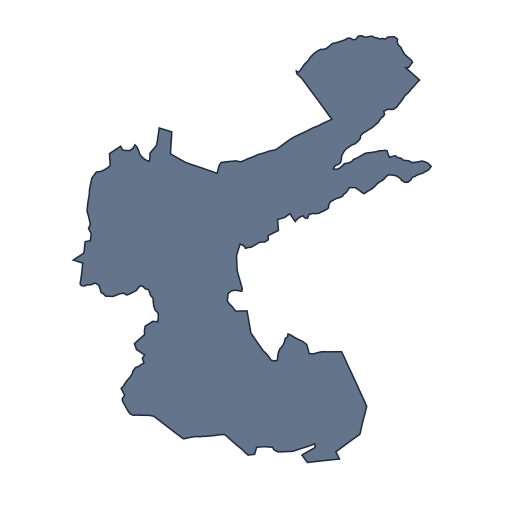 the district of Kipkelion East, Rift Valley, Kenya, rotated 175°
{"feature_id": "3690345B91045012580235", "entity_name": "Kipkelion East", "entity_type": "district", "adm_level": 2, "iso_a3": "KEN", "parent_name": "Kenya", "parent_adm1": "Rift Valley", "projection": "albers", "projection_center": [35.478, -0.176], "detail": "fine", "context": "isolated", "style": "filled", "palette": "slate", "viewbox_px": 512, "rotation_deg": 175, "n_neighbors": 0, "source": "geoboundaries", "source_scale": "gbopen_adm2", "svg_char_len": 6059}
<svg xmlns="http://www.w3.org/2000/svg" viewBox="0 0 512 512"><g transform="rotate(175 256 256)"><path d="M84.3,437.8L87.3,440.7L90.4,444.0L91.7,446.8L92.5,448.6L93.6,451.4L95.6,453.5L96.7,456.5L96.1,459.8L99.1,462.3L102.6,462.6L105.6,462.6L108.6,460.7L111.1,461.8L113.8,461.3L115.9,462.5L118.3,463.1L121.1,464.9L124.2,464.8L125.5,464.6L126.9,464.3L129.4,464.9L131.3,466.2L134.9,466.2L137.8,463.0L140.5,463.0L143.1,464.8L145.6,465.0L148.6,463.6L151.7,462.8L156.3,461.8L158.1,461.4L161.5,461.0L164.6,458.7L168.1,456.5L170.6,456.0L171.5,456.0L173.5,456.3L175.4,455.6L178.5,454.0L181.6,451.8L184.6,449.3L186.0,447.3L186.8,446.4L187.9,445.4L191.1,442.7L191.8,441.9L193.4,439.9L195.4,437.5L196.9,436.0L197.6,435.4L199.7,436.8L199.5,434.0L194.9,429.0L191.9,424.0L185.1,413.0L174.3,395.2L170.7,389.0L168.5,385.6L176.8,382.7L182.9,380.2L187.9,378.8L195.1,375.9L205.4,372.1L208.0,371.1L209.9,370.2L214.0,368.0L223.8,362.0L227.2,360.1L233.7,359.4L238.6,358.1L241.1,357.6L244.8,357.0L246.0,356.6L250.6,355.0L256.1,353.5L259.6,352.1L263.3,351.1L267.4,352.5L276.1,352.5L282.7,352.2L284.9,349.3L287.6,341.7L292.1,343.9L294.9,345.1L304.2,349.3L313.3,353.2L318.3,355.6L328.9,362.8L332.2,365.2L331.7,369.6L329.7,382.5L329.1,387.0L341.3,392.0L343.1,383.9L345.4,375.0L347.6,372.7L351.1,369.3L352.7,367.6L353.0,363.7L354.1,359.7L357.0,360.9L360.0,363.4L362.7,366.9L364.0,371.9L364.8,374.3L365.3,375.3L366.9,377.3L368.7,374.5L372.5,372.0L376.0,372.4L379.6,373.1L381.3,377.2L384.7,375.3L393.1,370.7L393.2,364.5L393.4,358.7L396.6,356.5L399.6,355.1L403.0,353.8L407.7,353.6L412.7,348.0L414.5,342.2L416.2,336.3L416.6,332.5L419.1,322.8L420.4,315.3L419.4,310.2L418.2,301.9L420.5,298.1L418.2,292.8L419.7,285.7L424.9,285.2L426.1,279.6L427.2,273.9L433.0,270.8L438.4,267.9L429.2,264.0L431.9,250.5L433.7,243.6L432.5,241.6L429.9,241.1L426.3,241.9L424.4,241.8L422.5,241.8L419.4,242.9L418.3,242.8L415.3,240.7L414.2,237.0L413.5,233.2L410.9,231.1L409.3,229.1L405.9,228.7L402.2,228.1L398.5,229.1L396.2,229.9L395.0,230.2L393.2,230.4L390.5,230.3L388.3,228.4L385.7,229.0L380.7,231.0L378.2,232.1L375.6,234.9L373.9,236.5L371.1,235.4L369.0,232.7L366.4,232.2L365.1,229.2L364.8,226.5L363.6,224.6L362.1,222.8L362.4,220.1L362.2,214.6L361.2,210.9L358.4,207.6L358.7,203.3L359.7,199.1L364.7,199.9L367.3,198.4L372.5,195.8L373.6,191.9L373.9,187.3L380.7,182.5L384.8,179.2L383.1,173.1L375.6,167.2L378.2,163.9L376.9,159.3L382.8,156.2L385.7,155.4L388.5,152.3L389.7,149.2L392.2,146.1L395.3,143.2L397.5,140.8L399.5,137.8L401.9,135.9L399.0,128.5L401.7,125.5L401.6,122.9L397.2,113.1L395.2,109.7L393.1,108.6L392.3,108.0L390.6,108.0L389.3,108.0L384.7,107.4L376.0,106.5L371.8,105.3L353.3,88.3L346.0,81.7L343.9,80.1L340.1,80.7L335.7,81.2L331.7,81.4L327.0,80.8L324.9,81.0L321.6,80.7L311.8,80.8L309.4,81.1L304.1,81.0L302.8,80.8L300.3,78.4L294.9,72.6L291.7,69.3L286.3,64.1L284.7,62.0L281.2,58.3L278.2,58.5L274.7,58.5L272.0,65.4L267.6,65.4L263.4,65.2L256.1,64.0L255.2,61.6L253.1,60.0L250.9,58.9L237.5,58.2L236.4,58.3L234.7,58.6L226.4,60.6L219.8,62.0L213.9,63.7L213.5,62.5L213.9,61.4L214.0,60.0L222.0,56.4L226.9,54.0L227.6,53.6L227.0,52.8L224.8,49.0L222.7,45.8L208.2,46.2L190.5,46.5L193.5,54.0L183.8,59.9L178.9,63.0L168.2,69.2L167.3,71.4L166.9,73.0L166.5,74.0L165.6,77.0L164.6,80.1L163.3,83.7L162.1,87.0L161.0,90.1L158.8,96.5L160.8,102.6L163.6,110.1L168.4,123.9L173.1,136.6L174.5,140.4L175.6,143.7L177.2,148.3L179.1,153.2L194.0,154.4L197.0,154.8L200.0,154.8L207.8,153.5L211.4,154.0L213.2,163.4L217.1,166.9L221.8,169.6L224.8,171.6L228.1,174.2L230.9,175.6L231.7,172.6L234.0,171.5L235.0,168.4L235.4,167.6L236.8,165.1L237.9,163.6L239.2,162.3L240.2,161.7L241.5,159.3L242.6,156.3L243.2,153.4L243.9,150.2L247.3,149.9L250.1,151.0L251.5,153.7L253.5,156.8L254.3,157.9L257.1,161.0L266.4,177.2L267.8,179.9L269.7,202.1L281.0,202.8L284.0,207.4L287.4,211.5L288.5,214.4L288.2,215.4L287.9,216.3L287.1,221.0L285.7,221.9L283.7,223.2L280.2,223.8L277.2,223.2L273.3,222.0L272.5,224.6L275.8,241.7L276.0,244.7L275.7,249.8L275.6,253.4L275.4,257.5L275.2,258.5L274.0,261.7L270.7,269.3L269.9,268.7L268.1,267.8L266.5,266.4L265.9,264.5L263.3,265.1L260.0,265.2L257.2,266.5L254.9,267.5L252.2,269.1L248.7,269.4L247.3,269.3L246.0,269.2L242.3,271.2L242.2,275.2L231.4,279.5L231.3,290.5L224.1,291.8L218.6,295.2L213.9,286.9L211.4,289.3L209.3,290.6L206.0,292.1L204.4,290.1L203.5,289.5L201.5,289.0L199.6,292.7L195.9,293.4L192.5,292.9L188.9,293.3L187.1,294.4L185.9,294.4L184.8,294.8L183.8,295.4L181.6,296.3L179.7,297.5L178.8,301.0L177.0,303.7L176.1,304.0L173.0,305.4L170.5,306.4L167.3,306.9L164.4,308.0L163.6,309.5L160.7,311.3L158.1,314.6L156.4,316.1L154.4,315.7L151.3,315.5L149.6,314.1L147.5,312.6L144.9,310.0L143.1,308.7L142.0,309.1L138.0,311.3L135.2,312.5L132.3,314.4L129.0,317.4L126.1,319.1L122.3,321.0L119.2,324.0L116.7,325.3L113.1,324.7L109.4,323.7L106.8,321.8L105.0,320.1L104.5,318.7L101.3,316.4L98.2,316.2L95.4,318.1L94.8,318.7L94.3,319.4L93.8,320.5L92.7,321.0L91.8,321.2L91.0,321.3L90.2,321.6L89.1,322.4L87.9,322.6L86.8,323.1L85.6,323.4L84.1,323.6L82.7,324.0L81.7,324.4L80.6,325.1L79.7,325.4L78.9,325.6L77.8,326.2L76.5,326.8L73.6,330.0L76.6,333.5L79.5,335.1L82.2,336.2L85.9,335.7L89.8,335.5L92.6,335.5L95.4,337.5L100.9,338.6L103.0,340.8L106.0,341.5L108.5,343.7L111.2,343.4L114.4,342.7L115.6,346.3L116.2,349.3L118.3,350.1L120.2,349.9L121.1,349.9L123.8,350.1L124.6,350.0L126.5,349.5L127.4,349.4L130.5,349.2L137.8,348.9L140.4,347.8L143.1,346.5L147.3,344.6L150.5,343.7L152.2,342.0L154.6,340.9L155.5,340.7L159.9,340.3L162.2,338.3L165.1,336.2L168.3,335.3L171.3,336.0L170.1,338.2L168.3,339.4L166.6,339.9L164.0,341.2L162.7,344.2L161.8,348.5L159.4,352.2L157.3,354.5L154.3,356.2L151.5,357.9L150.4,358.4L147.8,359.0L144.5,361.2L141.9,363.8L141.3,366.7L139.8,368.1L138.1,369.4L135.5,370.4L133.2,371.8L129.9,373.3L122.7,378.3L120.5,381.1L118.9,382.9L116.8,384.0L115.5,386.1L116.2,388.9L112.6,390.5L111.6,390.6L108.9,390.2L106.3,390.1L103.1,391.9L95.8,399.8L93.9,402.6L91.6,404.3L90.8,404.8L87.5,407.9L86.9,408.7L83.7,411.5L81.6,413.7L77.7,417.0L90.4,430.5L87.4,430.6L85.5,432.7L85.0,433.4L83.2,435.2L84.3,437.8Z" fill="#64748b" stroke="#1e293b" stroke-width="1.5"/></g></svg>